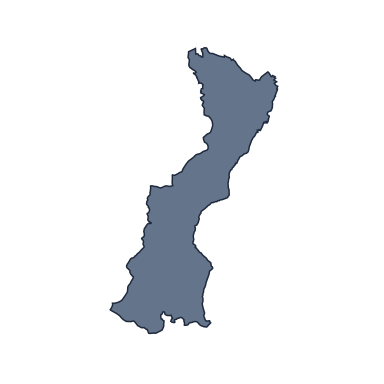 outline of Tarcaia, Bihor, Romania, rotated 335°
{"feature_id": "2599482B54145766653742", "entity_name": "Tarcaia", "entity_type": "district", "adm_level": 2, "iso_a3": "ROU", "parent_name": "Romania", "parent_adm1": "Bihor", "projection": "orthographic", "projection_center": [22.29, 46.58], "detail": "fine", "context": "isolated", "style": "filled", "palette": "slate", "viewbox_px": 384, "rotation_deg": 335, "n_neighbors": 0, "source": "geoboundaries", "source_scale": "gbopen_adm2", "svg_char_len": 6072}
<svg xmlns="http://www.w3.org/2000/svg" viewBox="0 0 384 384"><g transform="rotate(335 192 192)"><path d="M153.7,318.1L153.1,316.9L153.5,316.2L153.3,316.0L151.7,315.6L150.2,314.7L149.9,313.0L150.2,311.1L150.2,309.6L150.5,308.8L151.7,307.8L152.3,306.8L153.1,301.4L153.9,298.0L154.1,297.5L155.7,295.7L156.2,294.7L157.0,292.8L157.1,291.2L158.1,290.3L159.1,288.4L160.0,287.8L161.0,285.9L162.3,284.5L163.4,283.7L164.7,282.4L166.6,279.9L172.6,273.8L174.4,271.2L178.0,270.2L178.5,269.9L178.7,269.3L178.8,268.5L178.3,267.7L178.2,267.1L179.1,264.3L179.0,263.8L177.3,260.4L177.0,258.0L175.2,254.2L174.7,252.7L174.7,251.5L173.2,249.5L173.1,247.7L172.6,246.8L172.2,244.5L171.4,243.8L172.4,242.8L172.6,241.9L171.1,239.1L171.8,237.6L172.2,237.5L173.5,235.8L173.7,235.4L173.9,234.1L174.9,231.7L176.1,230.5L176.8,229.4L178.2,228.5L179.1,227.4L179.8,226.2L179.8,225.3L180.1,224.2L180.3,224.0L182.5,223.9L184.7,222.3L187.4,219.1L187.4,217.8L188.0,217.0L190.0,215.5L191.3,214.8L191.8,213.8L192.3,213.4L196.4,212.6L199.6,211.6L200.6,211.1L201.7,211.1L203.8,210.6L205.1,209.8L206.5,210.5L208.9,210.6L210.4,211.2L211.9,210.8L212.9,211.4L214.1,211.1L216.1,211.7L221.4,212.1L222.0,212.0L222.7,211.3L224.1,210.8L225.2,208.9L225.5,207.7L226.4,206.1L226.7,203.6L228.4,199.1L229.2,198.2L230.5,195.9L231.9,194.7L232.8,192.1L233.6,190.8L235.8,188.8L236.2,188.5L237.4,188.5L239.0,187.0L240.4,186.8L241.5,185.9L243.0,185.5L243.5,184.4L244.8,184.8L247.5,182.3L248.7,181.7L249.8,180.5L253.0,180.2L255.3,179.5L257.8,179.9L259.8,179.3L261.5,177.5L262.9,175.3L267.7,170.6L270.6,168.4L272.1,168.0L275.7,165.3L276.9,165.7L277.3,163.7L278.5,164.5L279.0,163.8L280.0,165.1L283.7,162.1L286.4,159.3L287.1,160.2L287.9,159.3L289.3,159.5L289.7,160.2L288.8,160.9L289.3,161.2L290.5,160.4L292.0,158.5L291.9,158.3L294.0,156.2L294.0,155.5L293.0,153.9L293.2,153.1L294.2,151.8L296.6,151.6L297.6,151.9L299.2,150.7L300.4,149.5L302.4,145.9L302.7,144.5L303.6,143.5L304.7,143.1L307.4,140.6L307.7,140.6L307.9,140.5L307.7,140.3L308.2,139.7L312.9,135.1L313.0,134.8L312.4,134.3L314.4,132.4L313.2,131.1L312.5,128.2L315.3,127.9L313.5,125.1L315.9,124.2L315.0,122.8L315.9,122.4L315.1,121.7L314.3,120.5L313.4,121.0L312.7,121.0L312.2,118.1L312.2,117.0L311.5,115.2L303.9,116.9L302.1,117.9L300.4,119.2L297.2,117.2L296.3,118.1L294.9,116.6L294.6,116.0L294.2,113.4L293.7,111.4L293.1,109.8L291.2,107.3L289.1,103.9L288.5,102.7L288.2,100.3L286.9,96.3L286.4,91.9L285.5,90.3L285.6,89.2L283.6,89.4L283.3,87.2L282.8,86.3L280.6,84.2L279.6,82.9L279.5,82.4L279.1,81.9L278.3,83.4L274.1,80.3L269.3,75.2L267.1,74.1L266.5,73.1L266.0,70.9L266.2,68.2L265.9,67.5L264.4,66.6L263.6,66.5L262.1,66.9L261.8,66.8L261.3,66.3L260.7,66.4L260.4,69.4L260.6,70.0L259.3,73.5L258.7,74.3L257.5,73.4L257.5,72.5L256.0,71.2L255.8,70.3L255.7,69.3L253.7,68.5L255.8,63.4L248.2,63.4L247.5,64.8L245.3,68.3L245.5,71.1L243.1,75.0L242.6,76.2L242.7,78.4L243.9,79.9L244.0,81.0L244.9,81.9L246.3,84.2L246.2,85.5L244.6,85.5L243.8,84.8L243.5,85.2L244.8,87.7L245.0,90.3L244.6,90.5L244.8,91.2L244.7,94.4L245.0,94.8L244.0,96.3L244.7,96.4L246.4,97.4L247.3,99.1L247.2,99.8L246.4,100.3L245.6,102.7L244.0,102.5L242.4,104.5L242.8,104.9L241.8,105.9L243.9,108.3L244.3,109.1L242.8,109.8L239.7,110.1L239.3,111.5L239.9,112.1L239.7,112.5L239.7,113.1L240.8,114.3L240.6,114.6L240.8,114.8L240.4,115.5L239.5,116.1L239.7,116.3L238.0,117.5L238.0,118.5L238.6,121.2L236.4,125.2L236.0,126.9L235.7,127.1L237.2,129.1L238.7,130.1L239.2,130.7L240.0,133.6L240.2,136.4L239.0,140.3L237.0,142.7L234.3,145.4L233.3,145.9L232.5,146.0L230.3,145.9L225.3,147.4L224.7,149.2L224.4,152.0L224.5,152.3L225.5,153.5L225.9,154.8L226.1,155.8L225.8,157.7L225.0,159.3L224.3,159.9L223.1,160.4L219.3,160.0L216.7,160.5L215.1,160.6L213.1,160.1L211.1,160.0L208.0,161.2L202.7,162.3L201.4,162.7L198.0,164.5L193.3,167.5L192.0,168.9L191.1,169.4L189.2,169.1L187.5,169.4L183.5,169.6L182.1,168.8L181.7,168.3L181.3,168.4L180.9,169.0L180.4,170.5L178.1,174.9L177.6,176.1L177.2,178.1L174.3,177.6L171.2,175.5L169.8,175.2L165.6,175.2L163.7,173.8L162.5,172.3L160.2,171.0L159.2,170.0L157.1,169.0L156.9,169.1L156.5,170.4L155.0,173.0L153.5,175.1L153.0,176.6L152.5,177.0L150.6,177.5L148.9,178.7L148.7,179.2L148.8,180.2L148.7,180.5L147.0,181.6L146.5,182.5L145.8,183.4L145.8,184.6L146.4,186.4L146.2,187.2L145.9,187.5L146.3,188.5L146.0,190.3L144.9,191.7L144.0,192.3L142.2,192.6L142.0,193.4L142.1,194.7L141.9,195.9L140.1,198.6L140.3,199.9L140.5,200.6L141.9,202.4L141.9,202.8L141.6,203.1L141.2,203.1L140.7,202.9L139.8,202.2L138.7,202.1L136.5,203.1L134.8,204.3L133.5,204.9L131.5,207.6L131.4,208.9L130.9,210.2L130.1,211.6L129.7,212.0L127.0,212.6L126.7,212.8L126.8,214.2L127.3,215.0L127.3,215.5L127.1,216.4L125.6,218.5L125.6,221.0L124.9,222.0L121.6,223.0L119.5,224.1L116.1,225.0L114.5,225.9L113.3,225.9L112.3,226.6L110.5,226.8L109.2,226.4L108.2,226.6L104.1,229.4L103.1,229.9L101.7,231.1L101.1,232.1L101.1,233.2L102.2,236.0L102.3,237.3L102.2,237.9L101.8,238.5L101.8,240.9L102.2,241.9L102.3,242.7L103.0,244.0L102.2,245.2L98.7,247.6L97.8,248.5L94.7,250.1L93.7,251.0L91.3,255.2L88.6,257.1L84.1,259.7L82.3,260.6L79.0,260.8L76.5,260.5L74.7,260.0L72.9,259.2L72.7,260.1L72.0,261.2L70.3,262.8L68.1,264.2L68.2,264.6L72.4,270.4L73.4,272.3L74.0,273.1L75.0,276.6L75.8,278.6L77.7,281.5L82.0,283.7L84.2,284.1L84.9,284.7L85.4,286.1L86.3,290.2L89.0,293.7L90.2,294.3L91.2,294.5L92.6,297.3L93.4,297.8L93.0,301.6L94.2,302.5L96.6,303.2L99.6,304.7L106.4,304.5L108.7,302.7L109.6,301.7L111.1,298.7L112.2,297.1L111.2,295.5L111.2,294.4L110.5,294.1L110.6,293.0L111.8,290.1L113.1,290.0L113.6,289.7L114.8,288.4L116.1,288.9L116.4,289.5L115.9,290.5L116.0,291.8L117.3,293.4L119.4,294.5L121.0,294.9L120.8,296.5L121.1,298.0L119.5,298.7L119.3,299.1L118.1,300.2L119.0,301.8L119.8,302.1L120.5,302.8L121.1,302.9L121.5,302.7L121.9,300.5L122.6,300.4L124.0,300.8L125.7,300.4L126.8,300.8L128.2,300.8L128.9,300.9L129.8,301.9L130.8,304.3L130.0,305.7L130.2,306.6L128.8,309.6L131.2,310.5L132.3,310.6L134.0,309.6L134.6,309.6L136.9,310.2L138.8,310.3L140.1,310.7L141.4,311.6L142.0,312.3L142.8,315.4L143.6,316.8L145.8,319.1L148.3,320.6L153.7,318.4L153.7,318.1Z" fill="#64748b" stroke="#1e293b" stroke-width="1.5"/></g></svg>